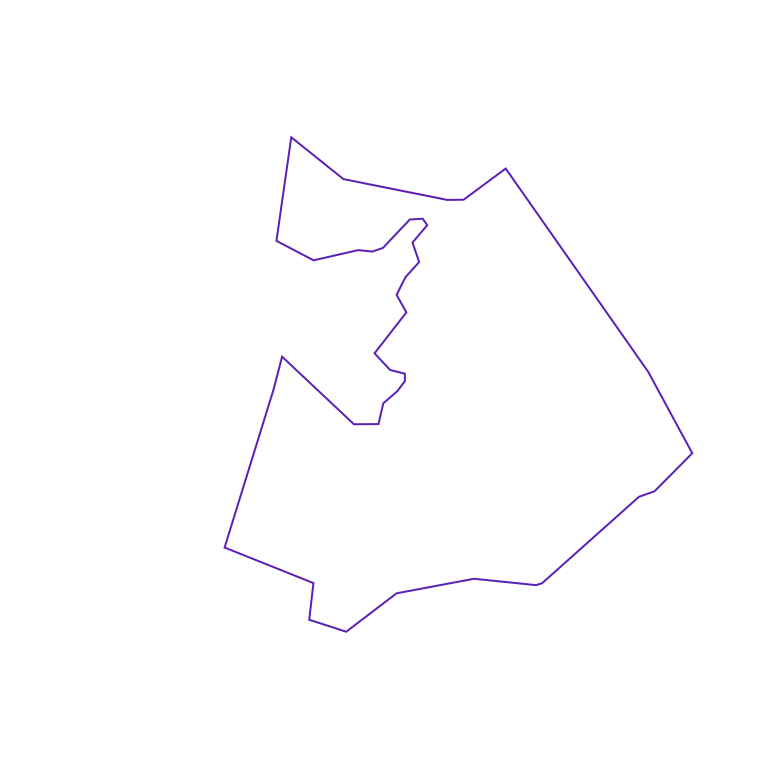 outline of Kidal, Kidal, Mali, rotated 324°
{"feature_id": "8926073B1219027063836", "entity_name": "Kidal", "entity_type": "district", "adm_level": 2, "iso_a3": "MLI", "parent_name": "Mali", "parent_adm1": "Kidal", "projection": "robinson", "projection_center": [1.27, 18.544], "detail": "fine", "context": "isolated", "style": "outline", "palette": "violet", "viewbox_px": 768, "rotation_deg": 324, "n_neighbors": 0, "source": "geoboundaries", "source_scale": "gbopen_adm2", "svg_char_len": 682}
<svg xmlns="http://www.w3.org/2000/svg" viewBox="0 0 768 768"><g transform="rotate(324 384 384)"><path d="M394.9,638.1L523.9,625.1L539.8,629.8L592.7,621.2L604.9,529.5L609.1,281.2L556.7,281.7L543.3,272.2L471.6,194.4L454.0,129.9L381.1,205.0L399.7,242.5L428.0,254.6L441.9,260.6L452.4,270.0L463.0,273.3L480.5,270.0L501.6,266.1L512.4,273.0L512.4,280.9L490.2,286.3L484.1,306.0L464.1,310.2L446.6,319.3L444.2,339.2L394.4,353.6L397.2,376.3L406.9,387.9L402.7,393.9L390.8,397.6L372.1,399.2L356.0,413.2L336.0,398.9L317.6,302.0L291.6,323.4L158.9,422.6L209.9,503.6L184.9,530.8L207.8,562.2L271.1,560.7L342.2,594.4L388.8,636.1L394.9,638.1Z" fill="none" stroke="#5b21b6" stroke-width="2"/></g></svg>